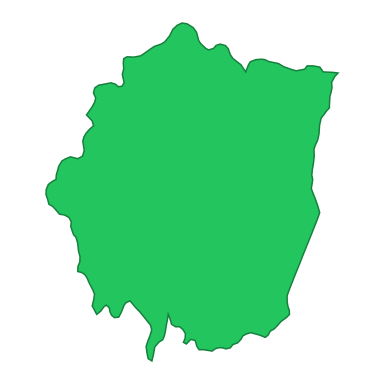 outline of Mucurici, Espírito Santo, Brazil
{"feature_id": "56859067B59979261152966", "entity_name": "Mucurici", "entity_type": "district", "adm_level": 2, "iso_a3": "BRA", "parent_name": "Brazil", "parent_adm1": "Espírito Santo", "projection": "equal_earth", "projection_center": [-40.52, -18.016], "detail": "fine", "context": "isolated", "style": "filled", "palette": "green", "viewbox_px": 384, "rotation_deg": 0, "n_neighbors": 0, "source": "geoboundaries", "source_scale": "gbopen_adm2", "svg_char_len": 2633}
<svg xmlns="http://www.w3.org/2000/svg" viewBox="0 0 384 384"><path d="M46.2,189.5L46.0,194.6L47.5,198.8L48.9,204.2L52.8,206.5L56.4,210.5L59.5,214.2L64.6,215.0L69.0,217.5L71.3,222.0L70.8,226.4L72.2,230.9L73.6,234.7L76.0,237.3L77.7,243.4L78.5,250.9L80.0,256.6L79.8,262.1L78.0,266.2L77.7,271.5L82.0,272.6L85.3,275.1L87.2,278.3L89.0,282.5L92.8,289.9L94.5,294.2L93.7,299.8L92.2,305.9L96.7,314.4L100.7,311.2L103.7,307.0L106.3,305.1L109.2,307.7L110.0,311.9L111.6,315.3L114.4,317.6L118.7,317.2L121.4,312.1L124.1,305.1L126.4,302.4L130.2,301.0L133.3,304.8L136.5,308.5L139.5,311.5L145.4,318.7L150.5,325.2L151.7,329.8L150.0,335.7L148.0,340.6L146.1,346.5L146.9,352.4L148.1,358.6L151.9,361.0L153.5,354.3L154.8,346.9L159.1,342.0L162.8,339.7L164.4,335.7L165.5,330.7L166.2,325.9L167.3,320.3L168.2,314.4L170.2,319.3L171.5,324.2L175.5,326.8L179.5,326.7L182.9,329.5L185.4,333.6L185.1,338.4L183.4,342.3L186.3,344.0L190.8,339.4L195.2,340.5L196.8,346.1L199.0,349.7L203.7,349.7L208.1,350.4L212.1,351.1L215.6,348.6L219.0,347.7L222.0,347.7L226.1,348.9L230.4,347.8L232.8,344.6L237.6,342.9L240.8,339.5L243.0,335.7L246.4,334.0L250.8,332.7L255.7,334.0L259.9,335.2L265.3,337.4L268.1,335.1L270.2,331.2L274.3,328.8L277.4,325.6L281.1,321.4L286.6,317.4L289.5,314.4L289.3,310.4L287.9,306.3L287.2,301.9L287.1,295.7L289.8,288.3L293.1,280.0L294.5,276.4L298.0,267.7L300.6,261.3L302.9,255.3L304.3,251.9L307.2,244.7L309.9,238.1L311.9,233.1L316.7,221.0L318.4,216.4L319.7,212.6L317.5,205.0L315.4,199.2L313.0,193.1L311.3,188.6L312.1,183.7L312.7,179.3L311.8,175.2L312.4,169.3L313.4,163.6L314.2,156.8L314.0,149.3L315.2,145.5L317.7,140.0L319.0,134.0L319.6,124.9L321.2,118.1L324.3,114.1L327.0,110.4L329.4,108.0L329.5,103.6L329.9,96.6L331.1,92.1L332.0,87.9L331.6,82.5L334.7,76.6L338.0,73.0L333.0,72.4L323.2,71.9L319.8,67.1L313.5,65.9L307.1,65.9L304.7,69.2L296.2,70.8L291.9,69.6L283.5,66.6L278.6,63.6L268.7,61.5L264.8,59.6L261.4,59.2L256.0,59.6L250.4,61.7L248.5,64.7L245.7,71.9L240.9,64.7L232.9,58.5L230.4,54.8L228.1,48.6L225.5,45.6L220.2,44.1L216.1,45.4L213.6,48.4L208.7,49.9L206.0,48.6L200.6,43.5L198.7,40.5L196.5,32.2L193.3,27.7L187.3,23.9L182.1,23.0L177.3,25.2L172.9,29.3L169.4,36.2L164.6,42.0L161.1,44.1L154.1,46.5L140.8,55.8L134.0,57.1L127.0,56.8L123.7,58.6L123.3,62.6L123.7,68.8L122.3,74.3L124.1,82.6L122.1,86.2L118.2,86.7L115.7,84.3L111.2,82.8L98.7,85.2L94.8,87.9L93.4,92.9L95.7,97.8L94.7,102.1L91.8,107.4L86.5,114.9L92.1,120.8L93.6,125.7L89.4,129.4L86.2,133.1L83.9,137.0L82.8,141.2L84.2,150.3L82.6,156.1L77.7,158.7L70.4,156.8L65.2,159.0L61.9,161.0L58.9,165.9L56.3,175.0L56.0,179.5L52.6,181.2L48.3,184.5L46.2,189.5Z" fill="#22c55e" stroke="#15803d" stroke-width="1.5"/></svg>